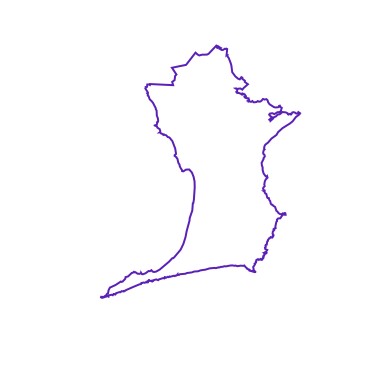 the district of Mornington Peninsula, Victoria, Australia, rotated 304°
{"feature_id": "25037944B38646980032426", "entity_name": "Mornington Peninsula", "entity_type": "district", "adm_level": 2, "iso_a3": "AUS", "parent_name": "Australia", "parent_adm1": "Victoria", "projection": "albers", "projection_center": [144.952, -38.333], "detail": "fine", "context": "isolated", "style": "outline", "palette": "violet", "viewbox_px": 384, "rotation_deg": 304, "n_neighbors": 0, "source": "geoboundaries", "source_scale": "gbopen_adm2", "svg_char_len": 6086}
<svg xmlns="http://www.w3.org/2000/svg" viewBox="0 0 384 384"><g transform="rotate(304 192 192)"><path d="M309.5,117.0L294.1,116.0L283.8,105.9L280.7,113.4L278.8,113.1L275.0,115.0L272.2,114.0L270.0,116.6L258.0,96.8L257.2,97.2L257.0,96.0L256.1,94.8L254.1,95.9L253.0,94.9L252.4,95.5L251.7,95.5L249.8,99.8L249.0,100.3L248.7,100.0L248.5,100.7L247.2,101.4L247.2,102.4L245.2,105.1L244.7,107.9L244.0,110.0L241.2,115.1L240.6,115.5L239.6,117.2L235.7,120.1L233.9,122.6L232.0,124.2L230.9,124.5L230.3,124.0L229.1,124.9L227.7,125.1L227.1,124.9L226.8,123.7L227.0,123.5L226.3,123.8L226.8,126.3L226.0,127.2L226.0,130.1L224.7,131.7L223.9,132.0L223.2,131.8L223.7,132.5L223.2,133.5L223.7,135.4L223.3,136.3L224.1,136.7L224.1,137.6L224.6,139.0L224.0,141.1L224.5,142.4L224.4,143.4L223.2,147.3L218.6,153.8L215.3,156.9L214.5,157.5L213.0,157.0L212.2,157.4L212.1,159.8L211.6,160.3L211.5,161.2L208.6,164.3L207.6,166.5L206.7,167.2L205.7,168.8L204.5,171.6L203.8,172.1L204.3,173.3L207.2,174.5L209.1,177.1L208.1,181.0L205.5,184.8L202.2,188.2L197.3,191.7L186.8,197.8L183.5,199.3L183.1,199.0L176.8,202.6L169.1,204.7L166.5,206.1L156.7,209.4L151.1,211.8L144.1,213.9L137.7,214.8L128.1,213.8L126.6,213.4L126.1,212.7L121.3,211.9L109.6,208.6L106.0,206.8L104.4,205.2L104.0,203.7L104.5,202.1L102.8,201.4L102.2,200.2L98.6,198.9L96.5,197.4L95.9,196.4L96.5,195.0L96.1,195.2L94.9,194.3L93.8,192.5L93.9,190.0L93.4,189.6L93.4,188.5L92.0,188.1L91.2,187.3L86.2,186.2L84.3,184.5L82.8,185.2L79.1,184.6L78.1,183.9L78.0,183.1L72.1,180.6L66.8,177.4L64.1,177.7L60.9,179.1L60.1,178.5L58.6,178.6L55.5,177.4L54.4,175.3L53.8,175.4L53.8,176.0L54.0,176.7L58.5,180.3L58.6,181.2L59.4,180.8L60.3,181.3L62.0,183.0L62.1,183.9L62.6,183.8L63.1,184.4L63.7,184.2L64.2,185.0L64.3,185.8L65.8,185.7L68.6,188.0L68.9,188.7L70.4,189.1L71.4,191.0L71.9,190.8L72.8,191.9L73.7,192.1L80.2,196.2L86.1,200.1L87.1,201.2L88.3,200.9L88.7,201.7L89.6,202.1L90.3,203.6L92.1,204.5L91.8,205.1L92.3,205.7L93.1,205.0L93.7,205.3L93.6,205.7L94.7,205.4L95.0,205.8L94.5,206.3L94.8,207.1L95.6,207.8L95.5,208.8L96.2,208.7L96.6,209.5L97.1,209.2L99.5,211.2L100.0,213.3L101.1,213.5L103.0,215.0L104.5,216.2L104.9,217.3L106.2,217.0L106.6,218.1L106.4,218.4L108.2,219.4L108.4,220.3L109.3,220.6L109.3,221.1L112.5,223.9L112.7,224.8L113.3,224.9L114.1,225.9L115.8,226.1L115.3,226.6L116.0,227.6L117.1,228.0L120.6,232.3L122.0,233.1L125.2,236.8L127.3,238.3L129.7,241.4L131.7,242.8L135.1,246.5L138.6,249.4L141.9,253.4L142.2,254.4L144.2,255.9L144.4,256.6L146.1,257.8L146.8,258.9L148.6,260.4L149.2,261.6L152.5,264.9L153.7,266.5L154.6,268.5L155.4,269.3L155.9,271.1L158.2,273.6L159.5,275.9L160.3,276.4L159.6,278.8L159.6,279.9L159.2,280.3L159.3,282.0L159.6,282.2L159.7,283.0L159.2,283.3L159.5,283.7L159.1,284.4L159.5,284.8L159.7,285.8L160.4,286.1L160.4,287.0L160.1,287.1L160.6,288.8L161.0,289.2L161.4,289.0L161.4,288.4L162.1,288.6L161.3,288.1L161.2,287.5L164.0,284.7L167.1,284.7L167.6,284.0L169.3,284.5L170.0,283.8L170.9,283.9L171.4,283.4L173.0,284.0L173.3,284.5L173.1,285.4L175.2,286.5L175.1,287.3L174.6,287.5L174.8,287.9L177.4,288.1L177.6,287.4L179.0,286.9L179.3,287.4L180.6,287.2L181.0,286.6L182.7,287.9L183.3,287.9L183.5,287.5L182.8,286.2L183.9,286.8L186.0,286.8L185.7,284.6L186.7,283.6L187.4,283.9L188.1,283.6L188.4,283.0L189.5,282.7L190.2,283.4L193.1,282.0L193.9,282.3L194.8,281.8L196.8,281.9L197.0,282.3L198.5,282.4L198.8,283.5L199.7,283.6L199.6,284.1L201.0,284.0L201.1,283.5L201.9,283.6L202.5,282.1L204.5,281.1L205.9,281.4L206.7,280.4L207.3,280.6L207.3,281.1L208.0,280.8L208.8,281.5L210.0,280.4L214.5,278.6L215.4,278.8L216.5,277.9L218.2,278.2L219.6,279.9L223.6,279.9L225.1,281.1L225.1,281.6L225.5,281.5L225.7,282.1L226.6,281.2L226.5,280.7L225.6,280.2L225.0,279.1L224.2,279.0L223.3,278.2L222.9,277.1L222.9,275.4L223.6,273.6L223.6,272.5L226.1,269.2L226.0,267.2L226.4,265.8L226.0,265.0L226.4,263.8L228.2,261.9L228.6,260.6L229.9,259.0L229.3,258.2L229.5,257.5L232.0,254.6L231.8,253.5L232.3,252.5L233.2,251.8L232.9,251.7L232.9,251.4L233.1,251.7L233.8,251.4L233.7,250.6L234.4,249.1L235.6,248.7L237.5,249.0L238.7,247.7L241.6,246.4L243.6,246.1L246.1,246.6L247.2,245.3L246.3,245.1L246.2,244.4L247.4,241.0L249.7,238.3L252.0,236.7L252.9,235.3L255.1,233.4L259.3,232.9L260.0,232.4L262.2,232.5L263.4,231.1L263.4,230.1L264.2,229.1L266.5,228.1L267.9,228.4L268.3,227.5L270.3,226.5L272.2,226.3L275.5,227.4L280.7,228.0L286.5,230.1L289.7,229.9L295.5,231.3L303.6,234.9L306.8,235.9L312.2,236.2L316.3,237.6L317.7,237.6L317.7,235.5L317.2,235.6L317.0,236.6L315.8,236.5L316.9,236.1L315.3,234.6L315.4,232.9L314.8,231.3L314.0,230.7L311.8,230.9L311.5,230.5L312.0,230.0L311.8,229.6L310.1,228.6L310.1,228.0L310.7,227.4L310.5,225.4L308.9,222.3L305.6,221.3L303.9,219.7L301.5,219.3L299.9,218.1L298.3,218.2L294.8,217.3L295.2,216.9L295.2,215.7L298.8,216.4L298.8,214.1L299.3,212.7L300.5,212.7L302.2,214.5L302.7,216.8L305.9,218.2L307.0,219.7L308.8,220.4L312.0,219.3L311.9,217.7L312.7,216.6L312.2,216.1L311.6,216.6L310.6,216.2L308.8,214.0L308.2,212.4L308.1,207.3L309.0,204.9L310.3,203.4L310.6,201.8L309.2,200.4L308.8,198.8L306.2,198.5L305.0,197.9L304.3,196.9L304.2,195.7L302.8,195.2L301.4,193.8L300.8,192.8L301.2,191.2L299.9,190.7L299.5,190.0L299.5,188.9L298.9,188.5L299.1,188.4L298.9,187.2L298.6,186.9L298.4,186.2L299.1,187.5L300.0,188.0L301.3,186.6L300.0,183.9L300.0,182.7L300.3,182.3L301.0,183.3L301.5,183.3L302.4,181.1L302.0,179.9L301.3,180.0L301.7,179.8L301.4,179.6L302.0,179.4L301.8,178.6L300.9,178.7L300.3,175.3L299.4,174.2L300.3,173.3L299.0,172.3L300.5,173.2L302.1,172.3L302.5,171.2L302.2,170.6L302.2,170.3L302.7,170.9L302.8,172.3L303.7,172.8L304.9,174.3L305.0,176.5L307.3,176.7L312.6,178.1L312.8,174.2L313.8,173.6L313.9,170.6L314.9,169.9L314.8,168.7L312.1,168.6L311.7,166.9L312.1,163.2L313.8,158.4L319.1,153.7L320.4,152.1L323.5,147.7L324.6,144.9L325.5,144.9L325.5,144.1L325.0,144.0L330.2,141.2L330.1,140.4L329.3,139.8L329.2,139.2L327.2,138.3L326.4,137.3L326.2,135.1L327.5,135.4L327.4,134.1L326.8,132.9L327.4,132.8L327.4,131.9L326.1,131.9L325.7,132.4L325.6,132.1L326.1,131.3L326.7,131.4L326.9,130.3L315.9,128.5L314.3,127.6L311.4,123.5L309.3,121.7L309.1,119.7L309.5,117.0Z" fill="none" stroke="#5b21b6" stroke-width="2"/></g></svg>